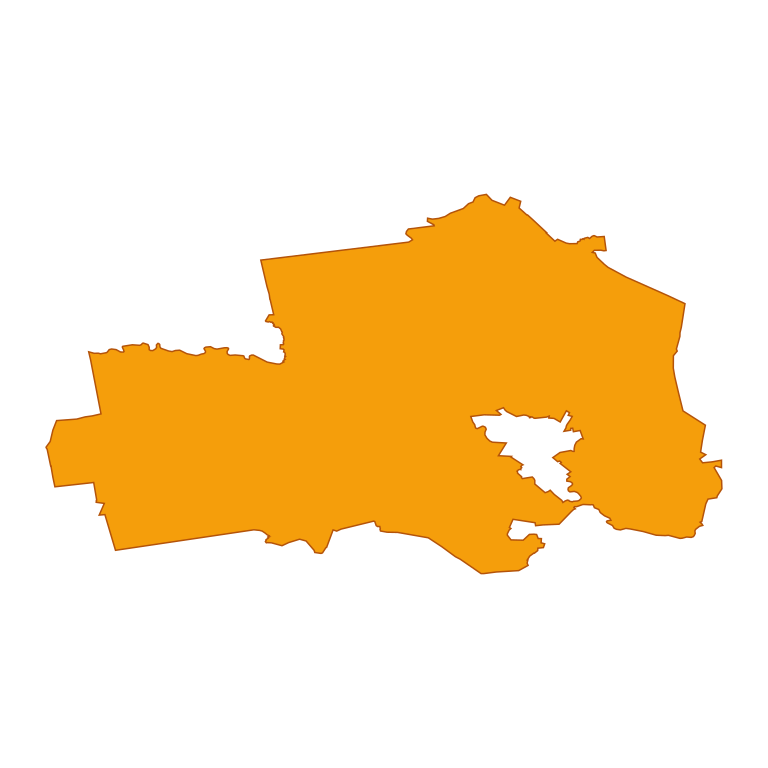 Abavas pag., Talsi, Latvia (Robinson projection)
{"feature_id": "27541924B53865799489570", "entity_name": "Abavas pag.", "entity_type": "district", "adm_level": 2, "iso_a3": "LVA", "parent_name": "Latvia", "parent_adm1": "Talsi", "projection": "robinson", "projection_center": [22.52, 57.069], "detail": "fine", "context": "isolated", "style": "filled", "palette": "amber", "viewbox_px": 768, "rotation_deg": 0, "n_neighbors": 0, "source": "geoboundaries", "source_scale": "gbopen_adm2", "svg_char_len": 6096}
<svg xmlns="http://www.w3.org/2000/svg" viewBox="0 0 768 768"><path d="M685.0,303.7L668.2,295.8L626.1,277.1L608.1,267.4L604.4,264.4L597.0,257.4L595.2,253.0L592.3,252.4L594.3,250.3L600.8,250.2L603.9,250.8L606.1,250.5L604.2,236.5L597.1,237.0L594.4,235.7L593.6,235.7L592.1,236.3L589.5,238.5L587.8,237.4L584.6,238.2L583.8,238.6L583.9,239.2L582.7,238.8L582.2,239.4L580.6,239.3L580.3,239.4L580.4,240.4L580.0,241.0L577.7,241.9L577.1,243.6L569.5,243.7L566.2,243.1L557.6,239.3L554.9,241.2L546.2,233.0L546.7,232.7L533.0,219.9L527.5,214.9L526.9,215.0L519.1,208.0L520.7,201.3L510.3,197.3L504.5,205.2L492.0,200.3L486.4,194.4L478.8,195.8L475.1,197.7L473.0,202.0L468.5,203.7L463.3,208.5L450.4,213.2L445.2,216.5L438.7,218.4L433.7,219.0L432.3,219.1L427.6,218.2L427.4,221.3L433.9,224.8L434.2,225.8L408.4,229.0L406.5,231.4L405.9,233.8L407.1,235.1L411.3,238.2L412.5,239.8L408.7,242.1L260.8,260.1L267.0,286.6L269.2,294.1L269.9,299.3L270.1,299.4L273.7,314.7L269.1,314.9L265.5,320.9L265.9,321.5L268.3,322.0L269.6,321.6L271.0,322.3L271.9,322.0L273.0,322.8L272.7,323.2L273.0,323.6L274.1,324.3L273.8,324.8L274.2,325.2L273.5,325.5L273.5,326.0L275.8,327.3L278.6,327.3L280.6,328.9L281.6,331.3L282.3,332.3L281.9,333.3L282.0,334.1L283.7,336.6L283.5,337.6L284.0,338.1L283.8,338.8L284.1,340.0L283.4,340.9L283.6,341.8L283.2,342.8L283.7,343.8L283.4,344.6L280.4,344.8L280.2,348.7L283.2,349.1L284.1,349.9L283.6,351.9L284.6,352.3L285.3,353.9L284.9,355.4L285.6,356.3L284.8,356.6L285.0,357.2L284.4,358.5L284.4,359.1L285.0,359.4L283.9,360.1L283.7,361.1L283.0,361.1L282.9,361.8L283.6,362.1L279.8,364.1L276.8,364.0L267.2,362.1L253.4,355.1L251.6,355.1L249.7,355.9L249.4,356.6L249.5,358.5L249.1,359.4L248.8,359.5L245.6,358.9L244.7,358.3L243.8,356.0L242.9,355.7L235.2,355.0L229.9,355.4L227.9,354.3L227.2,353.3L227.1,351.5L228.6,348.9L228.4,348.2L227.0,347.7L224.3,347.8L217.0,349.1L214.2,348.6L210.5,346.7L205.9,347.1L204.5,347.8L204.0,348.7L205.4,351.0L205.5,352.1L205.2,352.7L203.9,353.6L201.3,354.1L198.2,355.3L195.9,355.6L186.8,353.7L179.7,350.2L175.4,350.5L172.1,351.6L168.6,351.0L160.9,348.3L159.9,346.8L159.7,344.5L158.7,343.5L157.8,343.4L156.4,345.0L156.6,347.3L155.7,348.8L152.8,350.6L150.5,350.5L149.2,349.7L149.2,347.2L148.0,344.6L143.3,343.1L142.5,343.3L141.2,344.7L139.7,345.3L132.3,344.8L122.8,346.3L122.4,346.7L122.4,347.4L123.6,349.9L124.0,351.6L123.3,352.1L120.5,352.0L116.1,349.6L111.6,349.0L109.2,349.6L107.4,352.0L106.4,352.7L100.5,353.8L98.4,353.2L94.1,353.3L88.7,351.8L90.6,359.9L101.0,413.9L92.3,415.9L85.1,416.9L76.7,419.1L56.6,420.6L52.9,430.1L50.2,441.5L46.1,447.1L46.1,447.6L47.2,449.4L50.5,465.2L50.8,466.4L51.2,466.3L51.3,468.0L52.9,477.3L54.9,486.8L93.7,482.5L96.6,499.5L96.6,500.6L96.3,500.7L96.2,502.3L104.3,503.4L99.2,515.1L104.9,514.6L115.5,550.3L253.9,529.8L259.7,530.4L262.2,531.1L265.3,533.2L267.3,534.9L269.1,535.7L268.1,536.7L269.1,536.9L268.0,537.4L268.3,538.1L266.0,539.7L265.9,540.2L266.1,540.5L265.4,541.6L266.2,542.5L265.9,543.2L266.5,542.6L271.3,542.8L282.0,545.7L288.6,542.6L299.6,539.2L306.1,541.0L314.1,550.3L314.8,552.5L321.0,553.4L322.5,552.9L326.0,547.5L326.6,547.4L333.1,529.9L336.7,531.1L341.1,529.1L373.8,521.1L374.8,521.6L376.2,525.6L377.5,526.5L379.8,526.5L380.3,528.7L380.0,529.2L380.5,531.0L387.1,532.2L397.6,532.4L428.3,537.8L441.8,546.7L455.4,556.7L460.2,559.2L481.1,573.6L483.7,573.6L496.2,572.0L518.7,570.6L528.1,565.4L527.1,563.1L527.9,559.9L527.3,559.9L529.8,556.0L534.0,553.0L534.4,553.2L537.7,550.6L537.8,548.2L543.4,547.6L544.7,543.8L541.1,542.8L541.4,538.6L538.2,538.5L536.6,534.5L533.9,534.2L529.4,534.4L523.2,540.2L511.0,539.9L507.3,535.1L507.4,533.7L509.2,530.0L510.9,528.5L509.4,527.5L513.0,519.3L535.1,522.7L535.6,525.7L543.0,524.9L559.1,524.2L571.3,511.6L573.7,509.4L575.3,508.8L573.9,507.5L574.5,506.6L576.5,506.7L582.8,504.5L584.3,504.5L590.6,504.8L592.0,504.6L593.3,505.0L594.4,507.7L598.6,509.4L599.1,510.0L600.1,512.3L600.7,512.9L604.5,515.8L609.8,518.2L610.9,520.3L607.8,520.7L606.8,521.1L606.5,521.6L606.7,522.2L607.4,522.9L612.5,525.5L614.1,528.2L616.4,529.3L620.4,529.9L625.9,528.4L629.9,528.9L643.1,531.5L656.1,535.2L665.3,535.6L668.4,535.3L680.0,538.4L682.3,538.2L686.7,537.0L691.2,537.4L693.4,536.6L694.3,535.4L695.2,533.5L694.9,530.7L695.8,529.2L699.5,526.3L702.8,525.4L701.9,523.9L700.1,522.2L701.8,521.5L705.8,503.9L708.0,499.1L716.8,497.7L717.3,495.9L721.9,488.8L721.6,480.5L714.1,467.6L715.8,466.0L721.5,467.6L721.5,460.2L711.9,461.9L702.6,462.8L699.7,459.0L705.8,454.7L700.6,452.1L702.4,440.4L705.4,425.2L683.0,410.9L678.4,392.3L674.8,377.0L673.3,368.2L673.4,355.7L677.2,351.1L676.4,349.0L679.9,336.4L680.0,332.7L681.3,327.4L685.0,303.7ZM522.9,464.8L510.7,456.9L511.3,456.4L498.4,455.7L506.3,443.0L492.4,442.2L489.8,441.0L487.0,438.4L484.9,434.9L485.0,432.1L486.2,429.2L485.4,427.3L483.5,426.3L482.3,426.2L477.4,428.6L476.0,428.3L475.4,427.5L474.7,424.7L472.8,422.0L470.8,416.5L484.1,414.8L499.6,415.2L501.0,414.4L496.4,410.5L503.5,407.7L505.1,410.1L506.8,411.6L516.5,416.5L523.7,415.0L526.3,415.3L529.1,416.5L529.5,417.7L530.7,417.5L530.7,416.8L532.3,417.0L533.9,418.1L535.0,418.3L546.5,417.1L549.2,416.1L548.8,418.0L554.0,418.4L560.2,422.0L566.4,410.8L569.5,412.7L568.2,415.3L572.2,416.4L570.2,420.0L567.1,424.4L566.3,426.1L566.0,427.8L564.0,431.3L570.7,430.2L570.7,428.4L572.7,428.2L573.4,431.7L580.1,430.5L583.2,438.9L581.1,438.7L576.4,442.1L574.8,445.2L574.2,448.3L574.1,451.4L572.9,451.4L570.8,450.5L560.0,452.5L552.8,457.6L557.7,461.7L559.7,461.0L561.3,462.4L560.1,463.4L570.8,471.8L567.1,474.3L570.1,476.6L566.8,479.2L566.8,481.1L570.5,481.7L572.4,483.2L572.5,484.3L571.6,485.5L568.4,487.7L568.0,489.3L568.4,490.8L569.9,491.9L574.3,491.4L577.1,492.4L578.4,493.4L580.7,496.2L581.3,497.8L581.1,498.5L579.2,500.4L577.5,501.0L573.4,501.3L572.3,501.8L569.4,501.2L568.9,500.4L567.4,500.1L565.1,501.0L562.9,502.5L561.8,500.4L554.3,494.5L550.2,490.2L548.2,491.6L545.1,492.7L534.8,484.0L534.8,480.3L533.9,478.6L532.3,477.0L522.3,478.6L521.4,477.3L521.6,476.7L517.6,473.2L517.5,471.8L517.0,471.2L518.5,469.8L520.0,469.4L520.8,469.6L520.8,468.6L521.7,467.7L520.8,466.6L522.1,465.1L522.9,464.8Z" fill="#f59e0b" stroke="#b45309" stroke-width="1.5"/></svg>